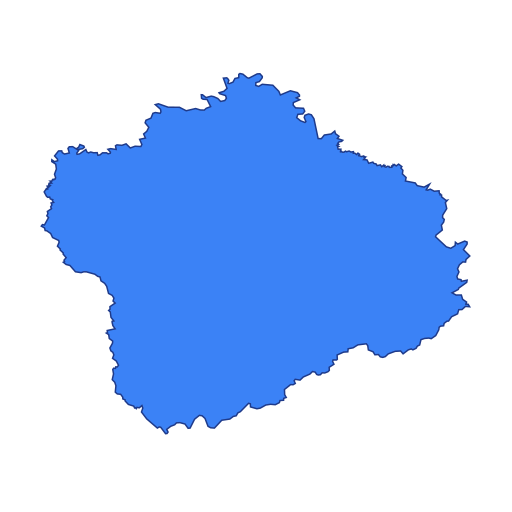 the district of Mae Sot, Tak, Thailand, rotated 93°
{"feature_id": "78962969B92609473950758", "entity_name": "Mae Sot", "entity_type": "district", "adm_level": 2, "iso_a3": "THA", "parent_name": "Thailand", "parent_adm1": "Tak", "projection": "equal_earth", "projection_center": [98.694, 16.756], "detail": "fine", "context": "isolated", "style": "filled", "palette": "blue", "viewbox_px": 512, "rotation_deg": 93, "n_neighbors": 0, "source": "geoboundaries", "source_scale": "gbopen_adm2", "svg_char_len": 6049}
<svg xmlns="http://www.w3.org/2000/svg" viewBox="0 0 512 512"><g transform="rotate(93 256 256)"><path d="M127.1,183.9L130.2,187.3L131.6,194.1L135.4,196.9L135.5,200.1L115.9,205.3L112.1,208.1L111.4,210.9L112.9,214.5L115.2,215.1L119.2,213.2L120.1,214.1L118.6,218.7L115.7,222.6L112.3,221.6L111.7,216.8L108.9,214.9L106.0,216.3L106.0,224.2L103.3,226.8L100.8,226.7L97.7,220.5L96.0,224.1L94.3,221.0L93.0,221.0L90.7,223.1L89.2,230.3L93.9,240.1L90.4,241.8L84.6,248.1L84.2,258.7L86.5,262.2L85.7,265.2L82.9,265.2L81.6,261.7L77.7,259.1L76.3,259.1L73.8,261.6L74.1,264.4L78.8,272.4L78.4,274.1L75.1,278.6L74.6,281.6L75.5,282.7L78.8,282.6L79.8,286.3L83.6,288.1L85.3,291.8L84.9,293.1L82.0,292.3L80.6,293.3L79.6,294.5L80.1,297.9L90.1,293.7L93.2,296.7L94.9,301.5L95.8,300.8L97.4,294.8L100.0,293.8L102.4,295.3L103.5,299.4L100.7,302.4L99.1,306.5L98.7,309.1L100.4,314.2L97.8,317.8L97.8,319.1L101.4,318.6L102.2,317.1L102.3,313.0L109.2,309.1L111.1,313.4L113.0,315.3L113.1,319.1L111.9,324.0L114.6,333.3L111.5,340.2L112.0,351.5L109.1,361.4L110.1,364.5L114.5,359.0L117.1,358.5L118.5,359.2L118.0,364.1L118.9,366.4L123.8,368.1L126.2,373.0L128.8,373.7L133.1,369.8L137.2,371.6L140.0,374.6L144.0,372.6L145.6,378.3L150.6,375.8L152.7,376.7L152.7,382.5L154.7,387.2L150.8,391.6L152.5,395.7L152.3,400.7L153.3,402.1L156.9,401.2L156.4,406.9L157.2,409.5L159.9,406.8L161.0,406.9L161.7,409.1L160.8,410.6L161.0,414.7L163.2,417.1L163.7,419.2L161.1,420.0L161.4,423.6L160.8,426.5L161.8,428.7L161.0,430.3L158.6,431.5L163.3,437.6L163.8,440.0L162.6,440.4L159.9,438.6L159.1,439.9L157.9,434.6L156.4,433.1L155.2,433.7L153.9,437.7L156.6,438.8L158.4,441.2L156.4,444.8L156.7,448.2L158.4,449.4L162.9,447.8L164.2,452.6L162.9,454.9L161.2,455.5L161.4,458.7L166.6,462.4L169.7,459.3L171.3,459.1L172.3,462.3L170.6,464.9L172.4,464.9L174.8,460.8L179.6,459.9L184.9,461.5L188.3,460.2L189.7,460.6L189.8,461.8L190.5,462.0L190.2,463.1L191.8,463.8L192.0,465.3L193.0,463.7L192.8,465.7L193.9,464.1L194.3,466.5L195.6,466.7L196.3,465.0L197.6,466.2L196.9,466.9L197.2,468.2L198.5,467.1L199.5,468.6L200.0,467.7L200.8,469.5L203.1,470.9L207.4,468.3L208.3,467.0L208.0,465.1L209.8,464.4L210.4,461.9L211.4,462.3L213.1,460.9L213.8,463.4L215.7,462.5L217.6,463.6L219.4,462.7L222.4,466.7L224.6,466.0L226.8,467.0L228.5,465.2L236.1,468.9L235.8,470.9L237.4,472.0L239.1,468.6L241.6,467.9L241.8,466.2L244.3,462.2L248.2,460.1L250.8,453.9L252.5,453.3L256.6,454.8L259.2,451.8L260.2,452.0L263.1,448.6L264.2,448.7L267.6,445.5L270.2,447.5L271.6,446.9L272.3,448.1L274.4,445.2L275.2,441.3L281.2,435.5L281.8,429.8L280.8,427.2L280.7,424.5L282.6,416.0L284.6,413.0L285.1,410.7L288.9,409.5L291.2,405.7L294.1,403.5L301.1,401.3L302.8,397.6L305.5,395.7L308.5,396.4L310.4,394.2L314.2,399.2L316.8,399.0L318.1,400.3L319.5,398.6L324.9,397.6L328.3,394.6L328.8,396.3L329.9,396.2L333.0,395.3L336.1,392.9L338.2,400.7L340.3,400.3L340.8,401.4L342.2,399.0L346.1,398.2L348.4,394.7L350.5,394.7L355.5,397.1L358.3,396.0L359.7,393.9L362.2,392.8L365.7,393.9L368.2,390.0L372.3,387.6L374.0,388.7L374.1,390.3L375.6,390.5L375.5,392.3L376.8,393.1L381.2,392.1L387.0,393.1L389.4,390.5L392.9,389.1L399.3,389.4L401.0,387.3L401.2,383.9L403.9,381.7L405.7,381.5L406.5,379.2L407.6,379.1L410.9,375.7L412.3,370.2L414.1,369.3L413.8,368.6L414.7,367.6L413.4,367.0L413.7,364.6L411.3,362.1L413.8,361.1L417.8,362.2L424.4,356.6L433.0,345.5L431.8,343.7L432.0,342.2L438.2,337.0L437.9,335.5L436.4,334.6L433.8,336.1L430.5,332.2L428.8,328.4L426.8,326.7L426.4,323.2L427.5,318.1L431.6,314.8L431.3,312.8L422.2,308.8L418.1,304.2L418.4,301.4L420.9,298.4L428.6,295.0L429.9,292.3L430.0,288.5L421.8,281.6L420.2,273.6L417.4,270.3L416.6,267.4L413.6,265.9L412.3,263.5L403.5,255.7L403.9,253.9L407.0,253.6L408.5,247.1L407.7,243.8L404.3,238.4L403.3,233.7L403.5,229.0L401.2,225.0L399.1,224.5L398.6,220.9L396.7,220.9L395.7,218.4L393.0,220.1L387.8,220.6L382.6,214.7L382.6,212.2L381.2,210.1L378.6,211.4L377.1,210.4L377.6,205.5L374.3,202.4L371.1,196.0L368.4,193.5L368.9,190.8L371.1,189.2L371.6,187.6L371.2,185.5L369.2,183.8L369.2,181.2L367.8,178.1L366.4,176.8L363.3,177.1L360.0,172.5L357.3,174.0L355.8,173.6L355.6,170.1L354.9,169.4L350.6,169.8L347.4,163.5L346.9,159.3L343.8,159.1L342.6,154.2L339.4,149.6L337.9,141.2L339.7,139.7L343.9,138.9L345.5,134.1L348.4,132.1L348.0,128.6L350.2,126.6L350.6,124.1L349.7,121.6L346.8,118.8L343.9,112.0L343.3,106.6L346.0,104.0L341.7,98.9L340.7,96.1L341.5,94.4L339.8,91.3L337.5,90.1L336.3,87.9L330.9,86.9L329.5,83.3L328.9,79.1L329.4,76.7L326.0,72.3L320.1,69.6L317.6,69.4L316.4,68.1L315.9,65.0L313.4,64.6L311.1,61.9L310.9,60.3L306.4,57.5L303.2,51.7L299.0,50.7L298.7,47.5L295.4,44.2L295.5,40.0L293.1,41.6L293.1,43.9L291.0,43.3L288.4,47.4L284.2,48.9L284.5,54.2L282.5,58.3L278.8,52.2L277.5,51.9L271.3,44.2L269.1,43.9L270.5,49.6L268.9,50.0L268.4,53.4L265.9,54.3L261.3,52.5L258.2,54.1L254.1,52.4L251.1,49.2L251.1,46.4L248.5,46.1L244.8,42.5L238.8,49.2L233.0,45.8L231.0,45.9L230.2,48.4L233.5,55.2L231.8,57.6L235.2,57.7L238.1,61.9L236.9,66.4L227.4,77.7L225.7,77.3L220.3,71.3L215.5,72.5L212.4,70.4L209.6,69.9L207.9,71.7L205.4,71.7L198.7,68.0L192.7,69.7L190.3,67.8L190.6,69.0L187.3,73.7L185.4,73.9L185.2,75.4L184.5,75.0L183.8,76.2L181.3,76.6L182.0,81.4L180.1,85.5L181.3,88.0L181.0,89.5L175.1,86.4L178.4,91.7L177.3,98.7L174.7,100.8L173.3,110.7L169.8,110.2L166.4,114.1L162.7,113.8L160.6,115.9L159.1,115.0L156.8,118.4L158.7,120.7L157.4,122.6L158.3,123.3L157.6,123.9L159.0,124.4L159.0,125.2L160.3,125.0L160.5,127.5L159.6,127.8L159.5,129.4L160.5,130.8L160.0,132.5L159.0,132.0L159.1,133.1L158.5,133.2L160.3,135.1L158.5,136.5L159.4,139.8L157.8,140.8L157.3,143.4L156.1,144.2L157.5,148.3L154.2,150.2L154.1,153.6L152.3,152.2L151.8,153.0L151.3,152.0L150.9,153.7L150.3,153.1L151.2,155.9L150.3,158.5L151.0,159.1L149.0,157.9L147.9,159.6L149.4,160.9L148.1,162.8L148.3,164.2L146.7,164.2L147.2,166.6L146.3,168.5L147.2,171.1L146.6,172.1L147.7,173.6L147.8,175.3L146.8,176.4L148.1,177.2L144.9,176.8L145.0,179.6L142.4,180.3L142.2,179.2L141.1,181.0L140.1,179.2L139.2,180.3L137.7,179.1L137.1,176.5L135.9,175.4L134.4,180.9L132.1,179.4L129.7,183.0L127.1,183.9Z" fill="#3b82f6" stroke="#1e3a8a" stroke-width="1.5"/></g></svg>